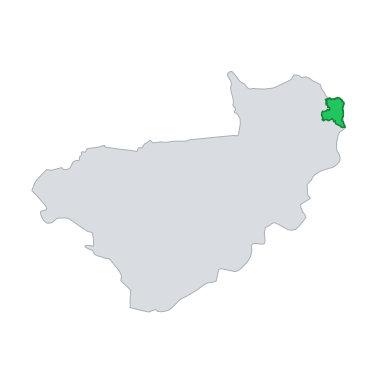 location of Leraba, Léraba, Burkina Faso, rotated 175°
{"feature_id": "67063806B8254339248909", "entity_name": "Leraba", "entity_type": "district", "adm_level": 2, "iso_a3": "BFA", "parent_name": "Burkina Faso", "parent_adm1": "Léraba", "projection": "mercator", "projection_center": [-5.133, 10.653], "detail": "fine", "context": "in_parent", "style": "filled", "palette": "green", "viewbox_px": 384, "rotation_deg": 175, "n_neighbors": 0, "source": "geoboundaries", "source_scale": "gbopen_adm2", "svg_char_len": 7124}
<svg xmlns="http://www.w3.org/2000/svg" viewBox="0 0 384 384"><g transform="rotate(175 192 192)"><path d="M291.4,244.4L281.0,244.8L277.3,245.9L275.0,245.9L274.9,245.0L274.7,244.4L261.6,241.2L252.4,239.4L243.1,237.2L242.6,239.2L241.2,240.5L239.2,240.6L237.8,240.3L236.9,241.8L235.3,243.8L233.2,244.8L231.1,246.0L229.9,247.1L229.0,247.1L226.9,244.6L224.1,244.3L218.8,244.7L216.4,244.0L213.1,243.7L205.5,244.2L193.2,243.2L191.2,243.7L190.7,244.2L178.6,244.3L165.2,244.5L154.0,244.6L144.3,244.7L144.3,244.2L141.1,244.2L140.8,245.0L138.0,255.3L137.7,260.8L139.2,264.3L140.8,266.5L142.7,267.4L142.9,268.6L141.4,270.2L141.5,271.9L143.3,273.5L143.7,275.3L142.8,277.2L143.0,281.7L144.3,288.8L144.4,293.4L143.1,295.5L143.7,299.1L146.1,304.1L146.5,306.3L145.7,307.3L143.7,308.6L141.7,308.5L139.3,305.5L138.3,304.1L136.4,301.0L134.7,297.9L132.6,296.5L130.4,295.2L127.8,291.2L125.3,289.4L122.6,289.9L118.7,289.2L110.9,288.2L102.4,288.5L98.9,289.4L95.5,290.8L86.7,294.0L83.2,295.6L80.6,299.6L77.6,299.5L74.6,298.2L72.8,296.4L68.8,296.8L64.9,295.0L61.2,291.6L58.4,290.4L54.9,287.9L53.9,283.2L51.7,279.8L49.7,275.2L46.6,273.1L43.1,272.0L38.3,272.2L35.1,270.4L32.6,267.6L33.3,265.3L34.4,261.9L34.5,258.7L35.3,253.5L34.8,246.9L33.9,242.4L36.6,240.5L39.7,238.7L41.6,235.6L43.6,228.7L44.4,222.6L43.8,220.4L42.8,218.6L42.0,216.0L41.5,212.8L42.1,210.1L44.4,207.5L47.3,205.4L49.4,204.3L54.9,203.3L61.8,201.7L65.8,199.8L68.7,198.0L70.3,196.6L72.0,193.6L74.6,191.4L76.7,189.1L77.0,182.7L77.0,179.0L75.5,177.0L74.6,175.3L84.8,170.2L84.9,166.7L83.5,162.7L81.5,159.5L80.7,156.8L83.6,153.5L86.1,151.1L87.9,149.0L91.9,145.9L96.1,145.1L99.9,146.3L111.1,153.7L113.0,154.2L115.3,153.6L118.3,151.6L122.1,150.1L123.5,145.1L123.4,137.8L124.3,134.5L126.3,133.8L132.7,135.2L134.4,135.3L136.3,134.9L137.6,133.6L137.6,131.2L137.3,129.1L139.4,122.3L143.2,117.2L150.9,110.8L153.3,109.5L156.1,108.9L170.0,113.3L172.3,112.2L175.6,101.3L179.4,100.3L183.9,100.1L186.8,99.1L188.4,98.4L195.0,94.2L206.6,88.6L212.9,86.2L214.1,85.3L218.6,81.3L224.5,76.7L228.3,75.7L233.5,75.4L236.8,76.2L237.7,77.5L238.8,78.1L245.6,76.2L255.4,79.3L263.9,82.3L263.4,84.3L263.3,87.7L262.6,93.1L261.7,99.6L265.2,103.8L269.4,108.3L270.6,110.1L269.4,114.5L270.2,117.1L272.4,121.4L276.2,126.9L280.0,132.6L282.7,133.3L285.3,133.8L286.8,134.8L289.1,135.8L291.3,136.4L293.3,137.7L294.5,138.9L296.2,142.3L300.5,144.6L303.5,146.9L302.3,148.1L298.5,147.6L295.0,146.6L294.5,148.3L294.3,154.7L294.9,160.0L295.8,160.7L299.3,161.7L307.9,168.6L315.6,175.1L318.2,176.8L322.5,177.4L327.3,177.7L329.3,177.1L334.0,173.8L336.4,173.4L338.7,173.5L339.9,174.1L342.2,176.7L344.2,180.8L344.8,183.8L344.6,185.4L343.9,186.0L340.1,186.7L338.5,187.4L338.1,188.2L338.7,190.2L339.4,191.5L343.6,197.4L349.6,205.2L351.4,207.2L350.4,209.6L347.3,215.7L345.0,218.2L334.9,226.9L330.0,225.9L319.6,227.6L318.1,225.6L315.6,225.4L312.6,225.7L311.5,226.5L311.2,227.3L310.1,228.5L308.2,232.0L306.7,232.8L304.9,233.4L302.6,233.3L301.3,233.8L301.3,235.5L300.9,236.9L299.4,237.7L298.7,239.3L298.8,241.0L297.9,241.7L296.0,241.3L294.8,240.9L293.7,243.0L292.4,244.4L291.4,244.4Z" fill="#d9dde1" stroke="#a8b0b8" stroke-width="1"/><path d="M33.8,243.3L34.1,244.3L34.1,244.9L34.0,245.0L34.1,245.3L34.7,245.5L34.8,245.7L34.8,246.4L35.0,246.8L35.0,248.0L35.6,249.3L36.1,249.5L36.6,249.9L36.7,250.1L36.6,250.8L36.4,251.3L36.1,251.6L36.0,251.8L35.8,252.2L35.8,252.6L35.6,253.0L35.6,253.5L34.9,253.8L34.6,254.0L34.8,255.0L34.5,255.7L34.3,258.7L34.4,259.3L34.2,259.5L34.3,259.9L34.4,260.1L34.7,260.2L34.9,260.3L34.9,260.6L34.9,260.8L34.6,261.3L34.9,262.1L34.7,262.4L34.5,262.7L34.1,263.9L33.7,264.8L33.8,264.9L33.6,265.0L33.6,265.3L33.4,265.4L33.3,265.7L33.2,265.8L33.1,266.0L33.0,266.3L33.1,266.5L32.8,267.1L32.8,267.3L32.9,267.5L33.0,267.8L33.2,267.7L33.2,268.0L33.4,268.3L33.6,268.4L34.1,269.3L34.0,269.5L34.2,269.8L34.4,269.7L34.6,269.6L34.8,269.8L35.0,270.3L34.8,270.4L34.9,270.5L34.6,270.7L34.8,270.9L35.1,271.1L35.5,271.1L35.8,271.5L35.8,271.8L35.9,272.0L36.0,272.0L36.2,271.9L36.4,271.9L36.6,272.1L36.6,272.5L36.9,272.5L37.3,273.0L37.7,273.0L37.9,273.1L38.3,273.0L38.6,273.4L38.9,273.4L39.0,273.3L39.2,272.6L39.4,272.5L39.5,272.5L39.7,272.8L40.2,273.1L40.4,273.1L40.8,272.7L41.0,272.7L41.3,272.6L41.5,272.5L41.5,272.3L41.3,272.2L41.6,272.0L41.8,272.0L42.2,272.4L42.4,272.4L42.4,272.2L42.5,272.2L42.8,272.2L43.0,272.4L43.6,272.2L44.3,272.2L44.7,272.4L45.2,271.9L45.4,271.9L45.4,272.1L45.3,272.3L45.8,272.6L46.1,272.8L46.0,273.2L46.1,273.4L46.6,273.1L46.8,273.4L47.1,273.4L47.3,273.5L47.7,273.3L48.2,272.8L48.4,272.8L48.4,272.5L48.5,272.5L48.7,272.9L49.1,272.6L49.1,273.1L48.9,273.4L49.1,273.2L49.4,273.0L49.5,272.9L49.6,273.0L49.8,272.9L49.7,272.7L49.4,272.5L49.4,272.4L49.5,272.3L50.0,272.3L50.2,272.2L50.3,272.2L50.2,272.1L50.1,271.8L49.9,271.9L49.9,272.0L49.7,271.8L49.8,271.7L50.0,271.6L50.3,271.6L50.2,271.5L50.1,271.4L49.9,271.2L49.8,270.9L50.0,270.9L50.3,271.0L50.4,270.9L50.3,270.7L50.3,270.4L50.5,270.3L50.6,270.0L50.6,269.9L50.2,269.8L50.1,269.7L50.3,269.5L50.5,269.4L50.6,269.2L50.4,269.0L50.2,268.9L50.0,268.7L50.4,268.6L50.5,268.6L50.7,268.3L50.8,268.2L50.7,268.1L50.5,267.9L50.4,267.8L50.3,267.7L50.5,267.5L50.7,267.4L50.7,267.2L50.4,267.1L50.1,267.0L49.9,266.9L49.7,266.8L49.7,266.6L49.5,266.4L49.4,266.3L49.2,265.8L49.3,265.6L49.3,265.1L49.4,264.8L49.4,264.5L49.2,264.4L48.5,264.3L48.2,264.3L47.9,264.2L47.6,264.3L47.5,264.2L47.5,263.8L47.6,263.6L47.6,263.2L47.8,262.8L47.8,262.0L47.9,261.7L48.0,261.6L48.3,261.5L48.7,261.5L48.8,261.6L49.0,261.7L49.3,261.8L49.3,262.1L49.5,262.2L49.7,262.3L49.9,262.3L49.9,262.2L50.1,262.0L50.2,261.9L50.6,261.6L50.8,261.4L50.9,261.2L51.0,261.2L51.3,261.2L51.5,261.2L52.0,261.0L52.5,260.8L52.7,260.7L52.9,260.7L53.1,260.6L53.3,260.6L53.5,260.6L53.9,260.7L54.1,260.8L54.3,260.8L54.5,260.8L54.9,261.0L55.2,260.4L55.4,260.2L55.6,259.9L55.7,259.7L55.8,259.4L55.9,259.2L55.9,258.9L56.0,258.3L56.1,257.9L56.1,257.5L56.2,257.4L56.2,257.2L56.2,256.8L56.1,256.7L55.9,256.2L55.7,255.8L55.6,255.5L55.5,255.2L55.2,254.7L55.0,254.1L55.0,253.9L55.4,253.7L55.5,253.7L55.8,253.4L55.9,253.2L56.0,252.9L55.9,252.6L55.8,252.4L55.7,252.4L55.5,252.2L55.4,252.2L55.1,252.2L54.8,252.4L54.6,252.4L54.6,252.5L54.4,252.4L54.2,252.1L54.2,251.9L54.1,252.0L53.9,252.0L53.7,252.2L53.4,252.2L53.3,252.4L53.2,252.4L53.1,252.5L52.6,252.5L52.2,252.4L51.9,252.5L51.5,252.5L51.3,252.5L51.2,252.5L51.1,252.3L50.9,252.0L50.7,251.7L50.2,251.2L49.7,251.3L49.4,251.3L48.9,251.5L48.7,251.5L48.2,251.7L47.9,251.9L47.6,252.0L47.3,252.2L47.1,252.3L46.8,252.4L46.6,252.5L46.4,252.6L46.2,252.7L45.9,252.8L45.8,252.7L45.7,252.4L45.5,252.2L45.2,251.9L45.2,251.6L45.0,251.3L45.0,251.2L44.9,250.9L44.9,250.7L44.9,250.4L44.9,250.2L44.6,249.8L44.5,249.7L44.4,249.7L44.2,249.7L43.8,249.8L43.7,249.9L43.6,250.0L43.2,250.1L43.2,249.7L43.1,249.1L43.1,248.8L43.1,248.6L43.0,248.1L42.9,247.7L42.7,247.4L42.4,247.1L41.8,246.7L41.4,246.5L41.2,246.4L40.9,246.3L40.3,245.9L40.1,245.9L39.7,245.7L39.4,245.5L39.2,245.4L38.8,245.2L38.7,245.1L38.5,244.9L38.0,244.5L37.9,244.4L37.7,244.1L38.1,244.1L37.9,243.9L37.2,243.4L36.9,243.3L36.6,243.3L36.4,243.2L36.2,243.2L35.7,243.2L34.6,243.2L33.8,243.3Z" fill="#22c55e" stroke="#15803d" stroke-width="1.5"/></g></svg>